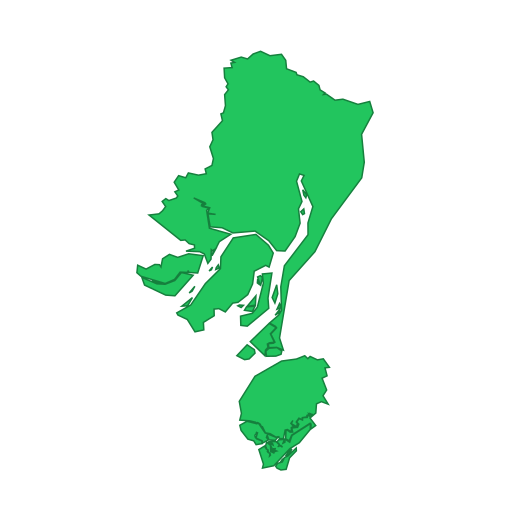 the district of Tana Tidung, Kalimantan Timur, Indonesia, rotated 108°
{"feature_id": "22746128B22343651246279", "entity_name": "Tana Tidung", "entity_type": "district", "adm_level": 2, "iso_a3": "IDN", "parent_name": "Indonesia", "parent_adm1": "Kalimantan Timur", "projection": "equal_earth", "projection_center": [117.34, 3.554], "detail": "fine", "context": "isolated", "style": "filled", "palette": "green", "viewbox_px": 512, "rotation_deg": 108, "n_neighbors": 0, "source": "geoboundaries", "source_scale": "gbopen_adm2", "svg_char_len": 6171}
<svg xmlns="http://www.w3.org/2000/svg" viewBox="0 0 512 512"><g transform="rotate(108 256 256)"><path d="M267.6,316.8L273.0,324.1L269.3,310.9L270.0,305.8L277.9,299.5L272.9,297.8L263.8,300.5L264.6,298.7L263.6,298.4L261.5,296.5L253.7,295.3L243.1,286.7L244.0,308.9L227.8,317.1L225.0,315.2L225.5,322.5L223.9,323.5L222.2,321.0L222.2,323.3L220.0,333.2L221.1,321.0L222.3,320.0L224.9,322.8L224.4,315.0L230.1,315.1L228.9,307.3L230.8,314.7L242.4,308.6L239.6,296.9L241.2,285.1L232.6,264.6L237.5,248.6L244.5,238.0L242.3,229.9L225.5,224.8L211.2,224.2L198.0,230.2L190.0,229.1L172.3,240.6L164.5,240.0L164.5,235.2L170.6,236.1L191.4,217.2L208.5,216.8L219.7,213.1L256.5,226.0L277.6,222.9L299.9,214.9L305.3,216.2L315.5,222.4L316.9,215.7L318.0,214.2L325.6,217.8L332.1,211.4L333.6,212.5L335.6,217.2L339.2,215.4L336.5,208.1L337.0,200.9L326.7,208.3L269.1,216.9L233.7,201.3L197.3,195.8L149.0,179.6L133.4,182.0L107.6,193.2L83.6,188.9L73.9,195.6L80.3,205.9L80.0,221.8L83.4,229.0L80.3,239.1L81.5,241.6L79.6,240.7L78.2,246.4L74.3,248.9L71.8,255.3L73.9,258.3L70.9,266.4L71.0,273.1L69.0,274.6L68.5,284.8L60.7,288.2L56.3,294.1L61.2,304.6L59.9,314.9L64.8,321.2L71.2,324.9L71.4,331.5L77.5,340.2L78.5,336.2L80.3,339.5L84.2,336.9L87.2,344.4L96.2,340.9L100.9,335.8L104.3,336.7L106.5,333.6L112.2,335.7L122.5,331.5L129.9,331.2L131.7,333.3L137.7,329.7L152.0,336.1L158.7,332.8L166.4,333.7L176.5,326.6L183.5,325.9L188.9,331.3L193.1,328.7L196.9,335.7L197.9,346.0L203.3,347.0L203.5,354.4L211.1,356.6L217.1,349.8L220.0,353.0L223.1,348.9L225.5,349.7L230.2,356.0L229.3,359.5L233.1,362.1L236.9,357.2L242.0,358.9L245.9,361.3L250.1,370.4L264.4,332.4L262.6,328.3L264.9,323.4L264.5,318.0L267.6,316.8ZM374.3,148.8L374.6,141.6L368.2,149.1L361.6,147.4L351.8,155.4L348.0,151.4L341.1,155.8L339.2,151.8L333.0,160.2L335.8,165.5L334.8,173.5L337.6,175.0L335.8,178.8L341.5,185.7L348.0,199.2L370.7,219.8L399.4,227.0L410.2,221.2L417.1,220.7L414.7,211.2L414.2,205.1L415.1,203.6L414.0,203.3L414.0,202.1L414.7,200.0L416.4,198.4L416.4,197.1L421.3,192.4L420.6,187.7L422.1,180.9L421.0,179.2L422.3,177.2L421.3,173.5L412.5,174.5L411.3,172.5L412.2,168.0L408.3,169.4L406.7,168.0L406.0,165.2L405.7,169.0L404.4,171.1L401.0,170.1L404.5,170.7L405.9,164.1L404.0,164.9L402.5,163.9L402.0,166.0L401.3,166.4L397.0,165.1L397.3,161.3L395.4,162.0L393.8,158.9L393.6,157.7L392.2,158.3L391.6,158.1L391.6,155.6L390.8,157.1L389.7,157.2L389.1,156.4L389.2,155.3L390.2,154.3L388.6,153.5L390.4,153.9L389.8,157.0L391.8,155.2L391.6,157.8L393.7,157.4L395.3,161.6L397.6,161.1L397.4,164.7L401.3,166.0L402.7,163.3L406.1,163.5L408.5,168.8L412.1,166.7L413.0,169.1L411.9,172.6L412.7,173.6L420.7,171.3L421.4,167.3L415.3,166.7L398.5,153.0L398.5,152.1L399.6,151.4L403.7,150.4L398.8,146.8L393.4,154.6L386.9,150.6L377.9,152.8L374.3,148.8ZM262.5,240.1L247.9,240.5L241.9,247.5L235.5,262.7L245.8,283.2L267.6,289.1L279.0,285.9L297.8,295.6L322.8,302.9L334.6,313.8L336.3,312.0L337.6,301.7L347.0,290.6L342.4,282.8L335.4,285.5L325.7,277.3L319.5,279.5L317.5,275.0L318.7,267.9L308.0,263.6L305.6,258.8L295.3,251.9L283.6,250.6L271.0,253.0L261.9,243.9L262.5,240.1ZM301.3,365.7L308.7,364.1L310.8,359.2L310.2,333.9L303.4,326.2L294.8,323.2L292.4,314.8L292.0,315.8L290.9,316.4L292.3,314.5L290.2,306.2L272.0,306.3L274.7,320.7L281.5,330.0L281.2,338.8L287.5,344.0L295.8,343.0L294.1,345.2L295.3,349.6L302.4,356.5L301.3,365.7ZM404.2,150.8L398.6,152.5L415.5,166.3L422.7,166.4L421.2,171.7L424.2,171.0L425.7,172.5L421.7,172.3L423.8,177.6L426.4,178.6L427.5,176.2L428.8,174.6L428.8,173.1L429.6,171.7L429.0,174.9L428.5,175.0L430.1,175.5L430.2,175.9L428.3,175.5L426.3,179.6L428.7,186.7L428.8,183.5L429.3,182.2L430.5,181.4L429.0,187.4L430.6,184.3L434.4,181.0L433.0,177.5L434.6,180.7L435.1,176.1L436.1,177.6L435.4,182.2L437.9,177.5L437.4,181.6L431.6,183.7L429.8,188.3L434.5,188.2L434.7,187.2L436.3,186.3L436.6,184.7L438.9,183.5L439.3,181.6L441.0,180.7L442.1,181.3L439.5,181.8L439.1,183.8L438.4,184.8L436.8,184.8L436.5,186.4L434.8,188.5L433.7,188.8L439.2,193.5L451.6,184.6L455.7,184.3L450.0,174.3L428.8,164.3L420.2,157.1L404.2,150.8ZM325.4,242.6L301.8,227.7L292.3,231.6L267.3,235.6L271.1,244.4L279.6,240.6L304.3,238.9L311.6,241.7L318.0,252.1L326.7,249.0L325.4,242.6ZM318.9,320.8L293.7,309.8L294.8,321.8L304.4,325.6L311.0,333.7L313.1,341.7L311.7,357.9L318.1,353.0L321.1,329.8L318.9,320.8ZM426.9,186.9L425.4,180.8L421.4,179.1L422.3,180.6L421.5,192.6L414.2,202.1L415.3,203.4L416.0,213.5L422.0,219.1L426.5,216.3L432.7,207.1L432.5,201.0L435.4,197.6L432.2,191.6L432.2,192.5L430.0,193.2L429.8,198.6L428.5,200.8L427.0,201.6L425.8,201.4L423.9,200.2L423.5,201.7L423.7,199.9L429.1,199.8L429.9,193.0L432.0,192.1L427.0,187.3L425.4,190.0L423.5,190.0L423.2,189.8L426.9,186.9ZM334.4,216.4L332.3,211.9L325.5,218.3L317.9,214.7L316.1,222.7L339.2,235.0L348.1,216.7L342.5,217.9L339.2,216.4L336.2,218.0L334.4,216.4ZM356.7,243.4L358.1,234.8L356.0,230.7L348.7,226.9L345.6,228.6L343.2,237.0L356.7,243.4ZM437.6,161.7L428.8,157.4L426.2,158.4L436.5,164.0L438.9,166.7L443.7,167.3L446.6,171.4L449.9,172.3L451.3,170.4L451.8,166.2L449.6,161.4L437.6,161.7ZM338.4,202.1L336.7,207.8L339.8,215.2L343.5,217.2L348.1,215.0L345.1,206.2L341.7,201.8L338.4,202.1ZM294.9,223.5L285.2,223.6L277.0,227.4L290.5,227.8L294.9,223.5ZM302.9,241.4L293.9,243.8L306.6,248.9L302.9,241.4ZM304.0,241.4L307.3,249.3L311.2,250.2L309.9,242.3L304.0,241.4ZM324.5,305.7L315.2,303.6L326.6,311.0L324.5,305.7ZM275.4,248.0L282.1,243.2L282.4,242.5L274.4,243.2L273.4,245.8L275.4,248.0ZM185.2,226.6L182.2,226.7L178.6,232.0L183.3,229.3L185.2,226.6ZM200.1,227.1L202.2,224.4L200.7,223.0L196.5,225.1L200.1,227.1ZM297.7,216.8L295.4,217.7L294.0,218.9L300.1,219.6L297.7,216.8ZM309.2,305.9L303.7,304.8L311.8,308.1L309.2,305.9ZM306.4,219.5L302.5,216.4L299.3,216.9L306.4,219.5ZM437.1,166.1L433.9,163.2L428.5,162.2L430.9,164.0L437.1,166.1ZM311.4,347.4L312.4,342.5L311.3,337.0L310.8,339.8L311.4,347.4ZM309.0,257.9L309.6,254.2L306.8,252.7L307.7,256.6L309.0,257.9ZM263.6,298.2L269.4,297.9L261.9,296.5L263.6,298.2ZM281.3,290.1L278.7,287.2L276.1,289.1L279.4,290.2L281.3,290.1ZM277.4,247.3L281.2,246.4L281.7,245.0L277.4,247.3ZM444.3,169.0L442.8,167.2L439.9,167.0L441.2,168.1L444.3,169.0ZM284.7,296.0L282.9,294.2L279.9,293.9L284.7,296.0Z" fill="#22c55e" stroke="#15803d" stroke-width="1.5"/></g></svg>